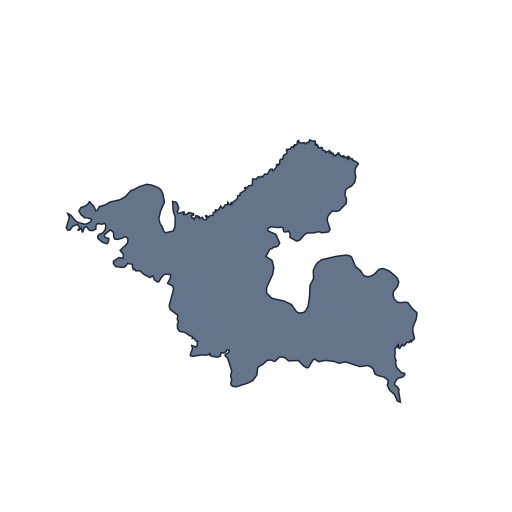 Fonte Boa, Amazonas, Brazil (Robinson projection), rotated 203°
{"feature_id": "56859067B70355458060690", "entity_name": "Fonte Boa", "entity_type": "district", "adm_level": 2, "iso_a3": "BRA", "parent_name": "Brazil", "parent_adm1": "Amazonas", "projection": "robinson", "projection_center": [-66.238, -2.546], "detail": "fine", "context": "isolated", "style": "filled", "palette": "slate", "viewbox_px": 512, "rotation_deg": 203, "n_neighbors": 0, "source": "geoboundaries", "source_scale": "gbopen_adm2", "svg_char_len": 6126}
<svg xmlns="http://www.w3.org/2000/svg" viewBox="0 0 512 512"><g transform="rotate(203 256 256)"><path d="M308.0,288.2L308.7,283.4L311.3,282.7L311.4,281.9L310.3,280.9L312.3,279.2L311.6,276.6L314.1,275.1L315.0,272.8L317.4,274.0L318.1,273.2L315.9,271.0L316.3,269.8L317.7,268.8L320.8,270.7L322.2,268.4L322.9,268.4L323.6,269.9L324.8,268.7L325.4,270.1L327.1,269.6L326.8,267.8L327.8,266.8L327.3,265.5L330.6,266.5L330.9,268.5L329.4,269.0L330.0,270.5L334.7,269.9L336.7,266.6L338.3,266.8L339.1,265.3L339.1,268.1L339.6,268.6L343.5,265.2L344.7,265.1L345.7,265.9L345.8,269.9L348.7,273.1L350.6,274.4L354.0,273.7L350.1,265.5L345.3,259.9L341.9,250.6L342.3,246.3L348.4,242.1L350.2,242.5L354.1,246.6L356.6,248.0L360.0,252.2L361.4,259.9L361.3,269.9L366.3,277.1L369.3,279.7L372.7,280.7L379.7,280.5L384.4,279.4L390.3,274.5L395.0,268.6L396.5,267.8L399.3,259.9L403.1,254.7L411.6,248.5L414.9,244.0L419.6,240.2L419.9,236.1L421.1,235.0L424.6,238.3L430.6,240.9L431.1,237.9L432.7,235.3L436.1,232.2L436.6,228.2L433.4,225.7L428.5,224.2L426.4,225.2L421.9,225.6L421.4,225.2L421.9,222.5L424.2,219.6L426.3,218.3L432.8,217.4L435.7,217.8L442.6,221.3L446.0,221.6L442.8,218.5L441.7,208.0L439.6,206.2L437.5,207.0L436.4,211.8L432.6,215.3L429.9,213.5L429.4,212.3L430.1,210.5L429.0,210.6L427.8,213.5L425.5,210.4L424.8,210.4L425.1,214.6L424.3,216.3L423.4,216.7L419.5,214.6L416.6,215.3L413.9,218.1L415.3,221.8L414.5,223.9L410.1,225.1L408.6,226.7L407.7,226.7L406.0,225.3L405.1,221.3L406.2,217.1L408.7,214.8L409.5,212.4L408.4,210.4L403.1,208.7L398.4,208.9L397.5,209.7L397.7,213.3L398.6,214.8L401.8,214.0L403.6,215.2L403.5,217.0L400.3,223.1L396.6,222.2L394.2,217.7L392.7,216.4L389.8,217.2L385.9,220.3L384.1,222.6L382.5,222.8L380.8,221.9L379.5,218.8L379.5,217.0L383.3,208.0L378.7,205.7L377.5,202.0L381.5,201.1L385.2,195.4L384.3,193.4L381.0,191.4L373.8,193.6L372.3,195.0L371.3,198.9L367.3,199.9L365.8,199.4L365.7,198.0L363.7,195.7L363.0,195.6L362.6,196.5L360.9,195.3L357.0,197.0L352.2,195.3L345.1,194.7L343.4,197.5L340.2,194.3L336.3,193.6L335.3,194.6L334.6,199.8L333.2,203.0L331.6,204.3L327.4,205.5L326.3,202.9L326.7,196.3L320.9,195.7L318.9,193.3L316.7,177.3L315.8,175.1L313.6,173.1L305.0,171.0L303.6,166.7L301.7,165.4L301.8,162.7L299.9,158.5L297.1,156.8L291.4,157.9L286.1,156.7L283.2,157.1L282.5,155.1L280.2,156.0L278.4,154.4L276.2,154.8L276.3,153.4L275.1,150.8L275.4,148.9L280.2,148.5L278.4,146.2L277.8,139.0L276.9,138.5L274.7,139.1L267.4,143.7L263.2,145.1L261.1,146.7L260.6,148.2L260.1,148.2L259.5,146.6L257.5,146.4L251.9,147.8L249.6,150.1L250.6,153.4L248.0,154.0L246.1,156.4L246.1,158.0L244.3,159.1L243.6,158.5L243.6,155.9L246.0,153.4L245.3,152.0L242.2,150.8L233.4,140.7L232.5,135.6L230.1,132.7L229.5,129.0L228.4,127.5L226.2,127.0L223.2,127.8L214.0,135.7L210.2,140.2L208.7,146.7L210.7,153.3L210.4,155.1L207.2,159.2L205.0,164.2L202.1,165.9L197.4,166.3L194.9,172.4L189.8,173.7L185.1,172.2L176.2,176.3L169.1,173.3L165.5,172.9L164.2,173.8L162.9,182.6L162.0,184.0L157.1,183.1L151.4,187.0L142.7,189.5L137.8,189.7L132.1,193.5L117.2,194.8L110.0,199.0L107.1,198.7L103.9,197.8L100.5,193.9L96.9,193.6L90.6,194.6L85.5,193.1L84.5,188.1L80.4,184.6L74.5,182.7L69.2,177.7L66.0,177.9L71.9,187.3L72.1,189.0L75.0,190.9L77.8,191.4L78.6,192.6L78.4,197.1L76.7,199.9L74.6,201.0L73.0,203.1L72.7,205.3L73.9,206.2L76.4,205.3L83.1,208.5L85.7,212.0L86.2,214.5L88.7,217.0L90.3,221.9L91.8,224.3L90.6,230.1L89.7,229.2L89.6,227.3L87.6,227.0L86.7,231.8L85.6,230.9L84.5,231.3L83.3,235.7L81.3,236.0L80.6,238.7L79.6,237.5L77.8,241.8L82.6,248.7L83.7,251.6L83.9,260.5L85.1,265.4L86.0,266.8L91.2,268.5L97.7,272.3L99.9,272.1L105.7,269.1L108.2,268.9L112.0,270.3L114.5,273.5L115.6,276.9L113.8,283.2L114.4,287.9L117.3,290.8L121.1,292.4L127.8,294.3L134.1,294.2L137.7,291.7L139.6,286.2L142.2,282.5L144.9,280.6L147.4,280.2L149.9,280.4L154.1,283.4L160.2,285.1L167.2,292.0L168.9,292.8L173.1,292.2L181.9,287.1L194.0,278.3L196.8,273.8L197.6,269.2L197.6,265.0L194.2,257.7L194.8,249.9L190.9,239.6L188.4,230.1L188.9,225.3L189.7,223.1L193.1,220.7L195.2,220.3L197.4,220.8L204.5,225.2L212.3,225.5L224.8,223.3L231.9,226.1L233.9,231.2L233.5,245.6L235.0,252.1L239.5,258.2L246.7,259.5L245.8,268.0L244.1,269.0L243.3,271.3L241.5,271.8L239.7,273.9L239.2,277.1L246.2,283.7L254.7,283.8L255.9,285.1L255.5,286.6L253.1,289.1L247.0,290.7L243.6,292.7L241.9,292.1L240.1,289.5L238.5,289.4L235.7,291.6L233.1,289.5L232.1,286.4L224.3,285.6L221.8,287.9L219.8,294.4L217.8,297.2L211.8,299.9L207.8,302.9L204.4,303.1L198.9,306.3L198.2,308.1L198.5,309.9L204.3,316.4L205.4,320.3L203.9,326.1L202.9,327.5L199.9,328.3L197.3,330.0L193.4,339.7L195.2,344.2L197.9,346.7L199.3,351.6L198.0,354.7L195.4,357.7L194.0,362.4L195.1,368.0L197.9,372.0L198.7,375.4L197.8,380.9L201.1,382.0L204.7,381.9L204.9,383.0L207.8,382.5L208.7,383.4L208.9,382.4L210.2,383.6L211.3,381.8L212.4,381.5L213.3,382.3L214.3,380.8L215.0,381.0L215.0,382.1L216.7,380.9L218.2,382.0L219.6,381.7L220.0,383.2L220.7,382.9L221.8,379.3L222.6,379.8L223.8,378.7L225.2,380.7L226.4,379.8L227.2,380.8L228.1,379.6L228.8,379.9L228.3,380.8L229.5,381.8L232.3,378.6L233.7,379.8L236.0,379.4L237.2,381.4L237.7,380.9L238.4,381.5L238.9,380.6L241.2,379.9L241.2,380.9L242.6,382.0L243.9,381.5L243.7,382.4L244.2,382.4L244.8,381.8L246.4,385.0L249.3,383.8L252.0,383.9L251.8,381.2L253.2,380.7L254.2,378.5L256.3,379.2L257.5,377.9L260.2,377.4L261.2,377.7L261.7,379.1L262.2,378.9L262.7,377.1L261.9,376.1L262.2,374.4L264.0,373.4L263.5,372.4L264.4,372.1L263.9,370.5L265.9,370.5L266.3,367.9L269.3,366.2L269.5,365.3L268.0,364.1L267.8,362.7L270.0,359.2L269.2,355.4L270.9,354.9L271.5,353.6L270.2,349.6L271.6,348.2L271.9,348.9L272.8,348.1L271.9,345.7L273.4,341.5L274.0,340.9L275.1,342.3L276.9,341.2L277.4,336.2L277.8,335.4L279.8,335.1L281.1,331.1L282.2,331.5L283.3,330.0L285.0,329.7L285.9,326.6L288.8,326.0L289.1,325.2L287.1,319.7L290.0,317.9L291.4,314.4L292.7,315.0L293.1,314.0L291.8,313.5L291.7,312.3L295.2,307.4L294.3,305.8L296.3,304.3L295.6,301.9L296.1,300.3L298.3,296.3L299.7,295.6L299.8,295.0L298.2,294.4L298.5,293.7L300.7,293.1L302.9,294.3L302.2,292.3L304.5,290.7L305.0,287.2L305.6,286.8L308.0,288.2ZM208.9,382.4L209.2,380.9L209.8,381.2L209.8,381.9L208.9,382.4Z" fill="#64748b" stroke="#1e293b" stroke-width="1.5"/></g></svg>